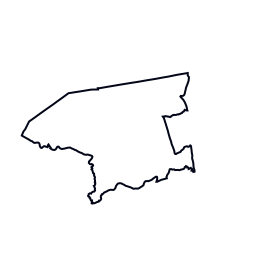 the district of Emurua Dikirr, Rift Valley, Kenya, rotated 311°
{"feature_id": "3690345B94519254853834", "entity_name": "Emurua Dikirr", "entity_type": "district", "adm_level": 2, "iso_a3": "KEN", "parent_name": "Kenya", "parent_adm1": "Rift Valley", "projection": "mercator", "projection_center": [35.07, -1.004], "detail": "fine", "context": "isolated", "style": "outline", "palette": "ink", "viewbox_px": 256, "rotation_deg": 311, "n_neighbors": 0, "source": "geoboundaries", "source_scale": "gbopen_adm2", "svg_char_len": 5819}
<svg xmlns="http://www.w3.org/2000/svg" viewBox="0 0 256 256"><g transform="rotate(311 128 128)"><path d="M138.2,79.1L137.4,80.1L132.9,75.1L130.4,73.0L126.4,69.7L120.0,64.3L117.0,61.8L115.3,60.3L111.8,59.5L104.8,57.9L103.9,57.7L101.5,57.1L96.6,56.0L88.6,54.0L81.5,52.3L76.4,51.1L74.6,50.7L68.0,49.1L59.8,51.2L56.4,51.5L52.6,52.8L53.0,54.8L53.5,57.3L54.1,60.0L54.3,61.2L54.3,61.8L54.5,62.6L54.7,63.4L54.9,63.9L55.1,64.5L55.1,65.1L55.1,66.4L55.4,67.1L56.2,68.0L56.8,68.4L57.2,68.8L57.9,69.6L58.2,70.2L58.2,70.8L57.9,71.6L57.5,72.3L56.7,73.1L56.4,73.6L56.2,74.2L56.0,75.1L56.1,75.7L56.7,76.1L58.5,76.3L59.2,76.6L59.7,77.3L60.1,78.4L60.8,79.9L61.4,79.8L61.8,79.3L62.7,78.8L63.4,78.8L63.2,79.5L62.4,82.6L61.7,82.7L61.8,84.1L62.2,85.4L63.0,86.8L64.0,87.3L64.8,87.4L65.7,87.3L66.4,87.1L67.4,87.0L68.0,87.4L68.4,87.8L68.4,88.4L68.1,89.0L68.1,89.9L68.4,91.0L68.6,91.5L68.9,92.0L70.7,93.5L73.2,95.2L74.5,96.3L75.3,97.2L75.4,98.0L75.6,98.6L75.8,99.5L76.2,100.5L76.4,101.2L76.5,101.7L76.7,102.7L77.2,103.5L77.3,104.4L77.4,105.2L77.5,105.9L77.7,106.6L77.9,107.1L78.0,107.7L78.3,108.4L78.6,109.2L78.8,109.7L78.9,110.3L79.0,111.1L79.0,111.6L79.3,112.2L79.7,113.0L80.0,113.6L80.4,114.1L81.1,114.6L81.6,115.1L82.5,117.2L83.2,118.7L83.2,119.5L82.9,120.1L82.3,120.3L81.4,120.6L80.3,120.7L79.5,120.5L78.6,120.8L77.8,120.6L77.2,120.5L76.5,121.0L75.9,121.4L75.9,122.3L75.8,123.0L76.1,123.6L76.5,124.2L77.0,124.3L77.2,125.4L77.0,126.1L76.5,126.3L75.8,126.4L75.0,126.2L74.4,126.1L74.1,126.5L74.3,127.1L74.0,127.7L73.4,127.8L72.8,127.8L72.9,128.3L72.7,129.0L72.3,129.4L71.9,130.0L71.6,130.7L71.1,131.1L71.0,131.7L71.3,132.3L70.7,132.9L70.3,133.4L69.7,133.7L69.5,134.4L69.4,135.0L68.9,135.6L68.2,135.9L67.6,136.1L67.3,136.9L66.8,137.5L66.3,138.0L65.9,138.3L65.4,138.4L65.3,139.0L64.8,139.2L64.4,140.0L63.6,140.2L62.8,140.6L61.9,140.3L61.8,140.8L61.4,141.4L61.0,142.1L60.8,142.7L60.2,143.1L59.6,143.6L59.3,144.1L58.6,144.2L57.8,144.2L57.4,143.7L56.7,143.3L56.0,143.1L55.4,143.0L54.8,143.0L54.3,143.2L54.0,142.6L53.6,142.0L53.0,141.9L52.4,141.7L51.6,142.1L50.8,142.3L50.4,142.7L50.7,143.5L50.7,144.1L50.2,144.4L50.0,144.9L50.3,145.5L49.9,145.9L49.6,146.4L49.4,147.1L49.0,147.5L49.3,148.0L49.7,148.4L49.1,148.9L48.4,149.3L47.8,149.6L47.3,150.0L47.6,150.6L48.2,150.5L48.7,150.9L48.7,151.6L49.3,152.1L50.1,152.5L50.8,152.8L51.3,152.9L52.0,153.4L52.7,153.7L53.2,154.2L53.9,154.3L54.2,153.9L54.6,154.3L55.3,154.5L56.1,154.5L56.9,154.2L57.4,153.8L57.7,153.4L57.9,152.9L58.4,152.5L59.0,152.1L59.5,151.9L59.9,152.2L60.5,152.1L61.2,151.8L61.6,152.2L62.3,152.4L63.3,152.3L63.8,152.4L64.6,152.8L65.5,153.2L66.3,153.6L68.2,154.2L69.7,155.2L70.3,155.8L71.4,157.3L71.9,157.8L72.5,157.9L73.6,157.9L74.7,157.8L75.2,157.6L76.0,157.1L76.5,157.0L77.4,156.9L78.0,156.9L78.8,156.8L79.7,157.0L80.6,157.7L81.2,158.4L81.7,159.0L82.2,160.9L82.6,162.4L82.8,164.0L83.6,165.8L84.9,168.9L85.1,169.5L85.5,171.0L85.6,171.8L86.3,172.5L87.2,173.3L88.5,174.9L89.1,175.5L90.0,175.9L91.5,176.3L93.1,176.8L94.1,177.0L95.1,177.2L95.8,176.8L96.5,176.4L97.7,176.1L98.4,176.1L99.3,176.1L100.2,176.9L100.6,177.4L101.1,178.1L101.9,178.6L102.5,178.9L104.0,179.7L104.8,180.0L105.6,180.0L106.9,180.3L108.8,180.8L109.8,181.2L110.1,181.9L109.6,182.6L108.8,183.4L107.6,184.1L106.8,184.4L106.1,184.7L106.6,185.3L107.7,185.8L110.9,187.2L111.7,187.8L113.2,188.8L114.4,189.6L115.5,190.3L115.9,189.6L116.6,189.0L117.3,188.9L118.0,188.5L118.9,188.3L119.8,188.3L120.4,188.2L121.1,188.0L121.9,187.7L122.6,187.4L123.2,187.0L123.7,186.8L124.3,186.6L125.0,187.2L125.5,187.8L125.6,188.6L125.9,189.0L126.5,189.5L127.1,190.1L127.1,190.6L127.2,191.2L127.8,191.8L128.4,192.5L129.0,193.0L129.4,193.6L129.7,194.1L130.1,194.7L130.8,195.0L131.3,195.2L131.8,195.7L132.4,196.1L132.9,196.4L133.4,196.7L134.3,197.0L135.1,196.8L135.8,196.5L136.6,197.0L137.3,196.8L137.5,197.5L137.6,198.2L137.1,198.7L137.5,199.0L137.6,199.6L137.5,200.2L136.9,200.7L137.6,201.1L138.2,201.2L139.0,201.5L138.8,202.0L139.1,202.7L138.9,203.4L138.3,203.6L137.5,203.9L137.9,204.5L138.2,205.0L138.1,205.5L137.7,206.0L138.1,206.6L138.7,206.9L140.0,205.6L140.9,203.9L142.6,202.0L143.5,201.2L144.7,199.9L146.2,197.8L146.7,196.9L147.2,196.3L148.2,195.5L149.5,194.5L151.6,191.9L153.0,190.5L154.0,189.3L154.6,188.6L155.2,188.0L155.6,187.5L155.8,186.9L155.7,186.4L154.9,186.4L154.2,186.3L153.7,186.1L153.2,185.7L153.1,184.9L152.7,184.3L152.0,183.9L151.5,183.5L150.8,183.1L149.8,183.1L149.3,183.4L148.6,183.6L147.7,183.4L147.2,183.4L146.7,183.2L145.9,183.0L144.9,183.3L144.1,183.2L143.6,182.8L143.0,182.6L142.2,182.2L141.5,181.9L140.8,181.5L140.0,181.4L139.5,180.9L139.4,180.1L139.9,179.3L140.8,178.3L141.4,177.4L142.6,175.3L143.6,173.3L144.6,171.3L145.9,169.6L146.3,169.0L147.7,166.4L149.5,163.6L150.7,161.8L152.1,159.8L154.8,155.5L156.7,152.4L158.3,149.8L159.2,148.1L159.5,146.8L160.0,147.2L160.2,147.8L160.7,148.2L161.4,148.3L161.7,148.9L162.2,149.5L162.6,150.3L163.0,150.8L163.3,151.5L163.7,152.1L163.8,152.6L164.5,152.9L165.4,152.9L166.2,153.2L166.8,153.4L167.4,153.5L167.8,154.0L168.3,154.3L168.7,155.0L169.4,155.7L170.2,156.1L170.8,156.5L171.1,157.0L171.6,157.4L172.1,157.4L172.5,157.8L172.9,158.1L173.6,158.3L174.1,158.5L174.8,158.9L175.3,158.7L175.8,158.9L176.4,158.9L177.1,159.3L178.1,159.0L178.9,158.9L179.1,159.7L179.6,160.4L179.8,160.9L180.2,161.3L180.7,160.4L181.7,159.3L182.6,158.0L183.6,156.2L184.7,153.9L185.2,152.5L185.6,151.0L185.9,148.1L186.1,146.9L186.8,146.8L187.7,147.9L188.6,148.5L189.5,148.7L190.9,148.4L192.6,147.4L194.7,146.4L196.2,145.5L198.5,144.6L199.8,144.2L201.5,143.5L203.5,142.7L204.5,142.0L205.0,141.6L205.8,141.1L206.4,140.5L206.6,139.7L206.7,139.1L207.0,138.5L207.4,138.1L208.7,137.0L200.3,130.1L193.5,124.9L192.4,124.0L189.5,121.6L182.7,116.2L176.1,110.7L175.0,109.8L169.7,105.5L163.3,100.1L159.1,96.6L157.3,95.1L151.7,90.5L145.4,85.3L139.6,80.6L138.2,79.1Z" fill="none" stroke="#020617" stroke-width="2"/></g></svg>